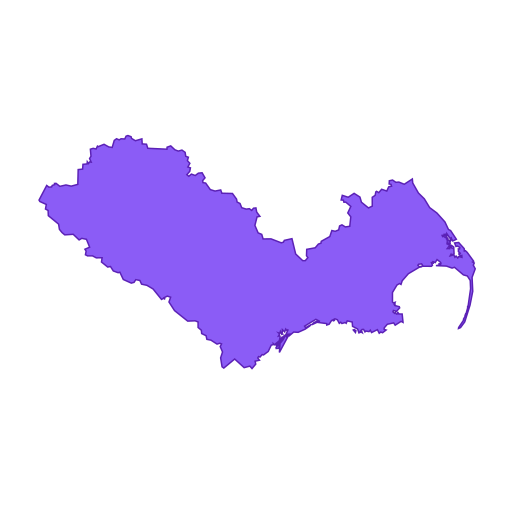 Tasman District, Tasman District, New Zealand, rotated 93°
{"feature_id": "76426892B40420864534448", "entity_name": "Tasman District", "entity_type": "district", "adm_level": 2, "iso_a3": "NZL", "parent_name": "New Zealand", "parent_adm1": "Tasman District", "projection": "albers", "projection_center": [172.761, -41.402], "detail": "fine", "context": "isolated", "style": "filled", "palette": "violet", "viewbox_px": 512, "rotation_deg": 93, "n_neighbors": 0, "source": "geoboundaries", "source_scale": "gbopen_adm2", "svg_char_len": 6035}
<svg xmlns="http://www.w3.org/2000/svg" viewBox="0 0 512 512"><g transform="rotate(93 256 256)"><path d="M350.7,238.8L344.2,236.1L343.6,234.1L342.6,234.2L343.7,233.0L339.4,228.3L335.5,227.7L334.4,228.2L334.8,229.4L332.6,228.4L331.6,229.5L331.9,228.2L330.0,227.7L333.5,225.8L328.2,225.8L330.3,223.4L327.4,222.5L328.9,221.2L327.6,220.0L332.7,221.9L332.3,218.8L333.5,220.0L334.1,218.8L330.0,214.4L330.0,209.9L326.5,203.1L323.2,198.8L321.3,197.0L325.0,202.7L323.5,203.8L316.1,192.9L318.0,188.7L317.9,191.2L319.0,191.9L319.8,181.8L321.2,181.7L320.3,179.4L316.5,177.2L314.6,173.9L315.4,171.4L318.9,169.3L317.7,167.9L318.9,166.7L317.8,163.5L318.5,162.4L316.0,161.5L316.9,156.5L321.2,155.9L323.6,150.7L327.4,149.2L326.4,147.0L327.0,145.9L325.6,146.5L325.9,147.5L325.6,147.9L323.8,146.2L323.7,144.7L326.1,143.2L325.2,142.4L325.6,139.2L324.1,138.0L326.4,136.6L323.2,130.9L326.7,128.9L325.4,127.4L326.0,125.6L323.1,122.2L322.5,124.2L321.1,124.2L317.3,121.3L315.6,115.0L317.8,113.4L313.7,107.7L314.6,105.7L306.3,107.0L306.4,110.2L304.4,111.8L306.3,111.0L306.6,112.8L305.1,113.8L306.0,114.6L304.6,116.3L303.2,115.9L303.9,112.8L300.3,109.8L299.1,110.3L298.2,114.8L297.2,115.4L296.9,114.8L296.5,115.2L295.6,114.6L295.3,114.7L296.2,115.5L295.1,114.9L295.6,116.4L294.8,117.3L285.3,117.8L277.6,113.7L276.0,111.3L276.8,109.7L273.1,108.7L265.7,102.9L258.7,92.4L258.1,90.1L257.4,89.3L258.2,92.2L256.8,93.9L255.7,93.2L255.2,90.2L257.5,88.5L257.1,80.3L256.0,79.3L253.4,80.5L253.3,79.7L253.0,79.6L252.5,78.9L252.4,78.5L253.2,76.7L250.1,75.0L252.3,71.8L254.0,70.5L253.4,71.3L254.7,71.2L253.9,73.3L255.4,71.8L256.2,75.8L256.1,65.3L257.8,59.6L256.9,57.2L264.0,47.9L264.9,43.9L269.2,40.8L277.5,40.0L295.2,41.6L304.4,43.6L308.8,45.8L307.7,45.1L309.1,45.3L316.8,49.9L317.8,50.0L316.8,48.0L310.9,44.1L293.9,39.7L279.9,37.7L266.0,39.1L257.3,36.4L253.8,38.5L251.6,37.7L250.7,39.3L250.2,38.4L249.8,38.4L241.3,45.3L239.7,47.2L240.1,48.2L237.7,48.5L231.9,54.3L232.6,58.4L236.0,56.8L235.5,55.6L236.7,52.9L238.3,53.1L238.3,54.3L241.0,54.1L243.0,51.6L242.2,53.3L243.5,53.5L245.2,51.8L244.7,50.5L246.6,50.3L245.9,53.5L247.4,54.4L245.6,56.2L246.8,57.3L244.5,58.5L245.7,62.1L244.0,61.3L244.8,60.8L243.5,58.3L236.7,59.0L235.1,61.4L235.7,62.5L237.7,61.0L237.0,62.9L238.5,63.0L238.6,65.4L235.0,63.0L233.9,65.9L232.3,65.8L234.4,62.9L233.1,62.7L230.3,64.1L229.7,65.4L231.2,64.9L230.1,66.0L229.1,65.4L228.9,67.3L228.8,65.5L228.2,65.5L227.4,68.9L227.6,66.2L225.7,67.4L225.9,70.3L226.7,69.8L226.9,70.6L225.7,71.2L225.2,68.0L224.5,68.8L224.3,67.7L225.2,66.6L223.7,66.6L228.1,63.2L227.7,62.3L229.3,62.8L230.8,62.5L228.8,61.5L230.7,60.3L228.8,56.8L220.4,63.0L219.4,65.2L212.1,69.1L203.6,77.6L198.6,85.1L190.1,90.9L184.6,97.1L174.9,103.3L170.9,103.9L176.6,111.7L174.7,117.2L175.1,120.2L173.0,123.6L173.9,126.8L177.1,126.8L177.4,124.9L179.2,124.3L180.0,127.1L184.3,128.8L182.8,134.0L186.3,136.7L185.1,139.0L185.7,139.7L189.2,140.2L191.3,143.0L200.1,142.5L202.1,146.2L196.8,153.5L191.7,155.3L188.3,161.3L192.5,167.0L190.9,173.0L195.6,173.9L195.7,171.6L197.7,171.0L197.5,169.2L201.5,163.9L208.2,166.6L211.9,163.4L221.4,163.9L222.3,168.3L220.4,171.8L221.6,174.1L225.6,174.8L227.2,178.2L226.6,181.6L232.7,183.3L237.9,191.6L239.8,191.8L240.8,194.3L244.7,197.3L246.7,205.7L253.1,205.6L254.9,204.1L258.1,206.6L258.2,209.1L251.9,216.5L236.8,221.0L238.9,228.5L240.8,229.4L241.5,231.5L238.1,241.9L238.6,249.8L234.1,251.4L232.8,255.1L225.5,258.7L216.9,257.0L216.2,254.2L212.1,257.6L208.0,258.6L208.4,261.0L210.7,262.7L209.1,265.1L209.7,268.2L208.5,272.8L204.4,274.7L203.1,277.7L200.2,278.4L194.8,282.8L195.1,293.4L191.9,294.7L193.3,300.3L192.1,305.1L185.8,310.1L185.5,312.8L183.5,313.2L180.6,311.0L175.7,314.2L176.3,317.9L178.8,320.9L177.6,324.8L179.9,327.3L178.4,329.3L175.0,326.6L171.4,326.1L170.7,328.7L166.9,326.9L164.4,329.5L160.9,328.7L160.1,331.4L156.2,332.2L154.1,335.5L155.3,339.1L154.2,342.5L150.5,346.9L152.0,350.5L154.0,350.5L154.1,369.7L150.1,371.2L150.0,375.5L145.0,376.1L147.2,382.5L145.1,386.4L143.4,387.0L142.4,390.2L143.1,392.0L146.0,393.2L146.0,396.9L147.2,398.7L146.2,401.4L148.0,403.6L155.1,405.3L154.8,408.7L152.4,413.6L155.1,419.4L154.6,420.1L157.5,421.3L157.0,424.2L158.0,427.0L165.0,426.0L167.4,427.3L170.9,425.5L170.8,427.1L172.4,428.1L170.7,429.4L172.9,429.5L173.5,433.6L178.3,433.7L179.0,438.1L193.8,437.7L195.9,444.2L195.0,449.5L196.7,455.5L193.9,459.5L194.1,461.0L195.2,460.7L196.2,463.2L197.7,463.7L198.1,466.4L196.5,468.7L211.5,475.6L212.9,474.7L215.5,468.1L220.1,468.7L221.4,466.0L226.6,465.5L234.5,454.8L239.7,453.7L242.8,450.9L244.9,448.1L243.9,439.7L249.2,433.5L247.5,430.9L248.2,426.2L255.9,422.6L258.2,427.2L260.1,425.9L263.7,426.4L264.7,424.2L264.4,419.3L266.2,415.4L265.8,409.6L270.1,410.0L274.8,403.5L274.1,400.8L278.4,397.7L279.9,392.8L279.3,391.1L286.4,387.3L289.6,379.1L288.7,376.4L285.9,374.8L286.5,370.7L290.1,368.8L291.0,363.4L294.3,357.1L304.3,348.1L303.1,346.1L304.0,344.5L302.5,345.7L300.7,342.5L301.6,339.1L306.5,340.5L314.8,334.5L324.6,320.8L323.9,313.4L324.9,310.4L330.4,310.1L333.0,306.7L336.3,306.2L338.2,301.7L341.8,300.7L342.4,296.6L346.0,290.3L345.0,287.5L345.6,285.8L348.3,287.0L353.6,284.4L359.6,286.0L368.4,284.1L369.6,282.3L360.0,271.9L368.1,262.0L366.3,256.4L368.6,254.1L364.0,250.6L361.1,251.4L359.9,247.1L357.7,248.9L356.3,248.2L356.7,246.7L354.1,244.7L354.4,243.3L350.7,238.8ZM351.1,227.6L334.6,219.8L333.6,220.8L335.2,221.2L333.5,222.4L338.1,224.5L342.0,227.4L351.1,227.6ZM334.9,223.3L334.1,223.8L335.1,223.8L335.6,225.7L338.9,227.6L340.1,227.0L334.9,223.3ZM342.0,227.7L346.3,231.2L347.3,231.0L347.0,228.4L342.0,227.7ZM343.4,229.2L339.7,227.9L344.5,231.6L343.4,229.2ZM325.4,152.3L324.3,154.0L324.8,155.0L327.2,152.7L325.4,152.3ZM319.3,192.1L318.9,192.4L319.2,192.5L319.6,193.3L318.4,192.5L319.4,194.6L321.7,196.6L319.3,192.1ZM254.5,78.7L252.7,78.2L252.5,78.9L254.5,78.7ZM304.0,43.7L302.1,43.4L305.0,44.3L304.0,43.7ZM316.8,176.0L316.6,174.9L315.7,173.8L316.8,176.0ZM296.0,42.0L294.6,41.8L296.3,42.2L296.0,42.0ZM342.4,230.8L341.3,229.7L341.2,229.7L341.4,230.3L342.4,230.8Z" fill="#8b5cf6" stroke="#5b21b6" stroke-width="1.5"/></g></svg>